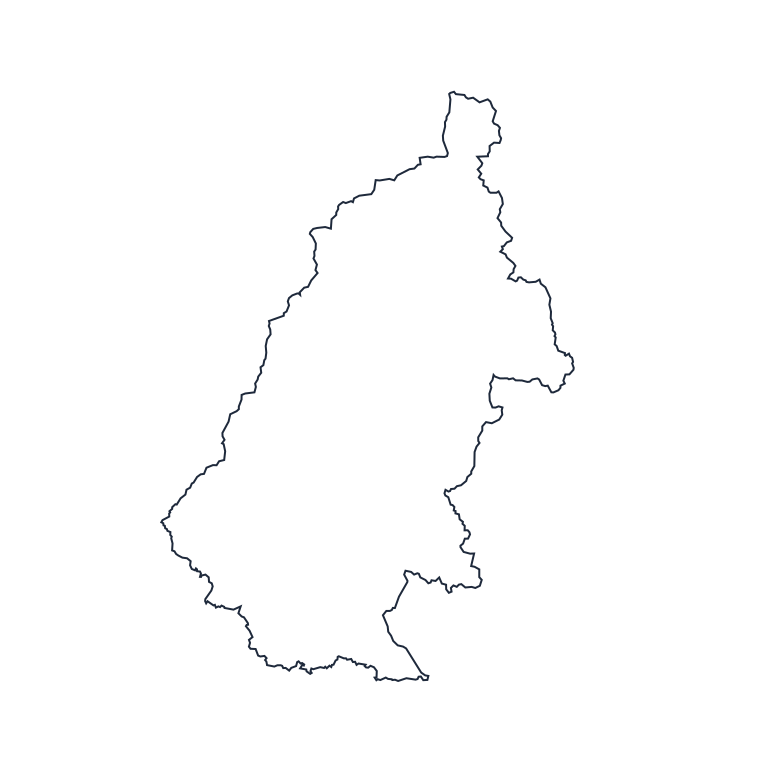 the district of El Chaco, Napo, Ecuador, rotated 105°
{"feature_id": "8360857B77920880428732", "entity_name": "El Chaco", "entity_type": "district", "adm_level": 2, "iso_a3": "ECU", "parent_name": "Ecuador", "parent_adm1": "Napo", "projection": "mercator", "projection_center": [-77.649, -0.244], "detail": "fine", "context": "isolated", "style": "outline", "palette": "slate", "viewbox_px": 768, "rotation_deg": 105, "n_neighbors": 0, "source": "geoboundaries", "source_scale": "gbopen_adm2", "svg_char_len": 6152}
<svg xmlns="http://www.w3.org/2000/svg" viewBox="0 0 768 768"><g transform="rotate(105 384 384)"><path d="M102.1,347.0L91.3,346.5L88.8,350.6L83.7,354.4L82.2,357.5L87.2,364.6L84.4,372.0L86.7,376.6L85.9,379.1L84.0,381.1L85.4,389.6L83.6,392.0L85.7,395.3L87.0,396.1L91.9,393.5L104.7,391.2L109.7,392.7L112.5,392.1L115.3,392.9L119.5,391.6L128.9,391.4L133.6,389.8L144.4,382.1L147.5,382.1L149.0,384.3L150.8,392.1L152.5,394.6L153.1,400.6L156.3,408.1L162.3,405.5L163.5,408.0L168.0,410.4L169.9,414.9L179.1,425.1L184.6,426.8L184.5,431.9L188.5,440.8L189.2,444.8L198.9,443.7L203.9,445.4L208.5,456.6L212.5,461.0L216.4,461.1L215.9,463.1L219.1,467.7L218.8,470.6L222.6,473.7L224.4,474.3L226.9,473.5L230.7,474.5L233.1,473.9L238.4,477.3L247.7,475.5L247.6,481.4L250.6,489.0L252.5,492.5L256.4,494.5L258.2,494.5L260.5,490.9L265.9,486.2L271.8,484.9L274.2,485.7L278.3,484.3L281.0,484.6L286.0,479.7L291.7,479.7L294.0,476.9L302.8,481.1L309.8,482.5L311.6,486.0L317.2,489.1L319.6,488.1L318.6,490.0L319.1,491.4L322.1,495.5L325.6,498.0L329.1,498.3L332.6,496.1L339.2,496.9L341.5,499.1L344.0,498.5L352.9,511.4L355.2,510.2L357.8,510.3L360.8,508.0L365.4,506.4L371.1,508.5L377.9,508.1L384.2,505.8L390.2,505.0L392.0,505.8L397.0,505.4L399.8,507.6L404.9,505.5L409.4,507.4L412.4,507.2L416.9,508.6L420.0,507.0L425.6,507.0L429.1,515.6L431.4,518.7L435.9,517.6L443.3,518.4L445.9,517.7L448.4,519.3L453.0,524.7L460.6,524.4L473.1,527.4L476.3,526.4L479.2,523.6L483.2,525.1L483.6,523.3L490.1,520.0L498.8,518.7L501.3,523.3L505.8,524.7L506.6,528.2L510.8,533.8L517.4,534.6L518.7,537.7L522.2,540.5L528.5,542.4L529.9,543.9L534.3,544.4L537.2,547.4L542.2,547.2L547.1,550.9L554.1,553.0L554.1,554.4L557.8,556.7L559.5,556.3L562.4,558.3L563.4,557.3L564.7,558.0L567.6,557.1L572.8,562.7L575.2,563.3L575.6,561.2L577.6,560.4L577.7,559.0L580.0,558.0L580.3,556.2L581.9,555.2L582.3,552.0L585.1,551.4L586.4,549.5L588.1,549.6L592.7,547.0L599.6,545.6L599.8,543.1L602.0,540.8L602.9,538.3L603.9,533.8L603.3,529.1L605.2,524.9L609.3,524.4L612.4,521.8L612.9,518.3L610.8,517.9L611.4,516.7L613.2,516.1L612.8,513.2L614.4,511.8L617.9,511.8L617.7,510.8L616.2,510.6L614.3,507.1L616.1,503.3L620.4,501.8L621.1,498.8L623.8,497.1L628.2,497.3L638.0,500.9L640.0,500.6L641.9,499.0L639.5,498.2L642.0,491.4L641.1,490.2L643.5,488.5L641.7,486.4L641.9,484.6L640.1,483.6L640.6,480.7L641.6,480.1L640.9,471.0L635.9,464.9L643.1,465.3L645.4,461.3L645.6,458.9L650.2,453.6L651.7,453.0L652.3,454.3L653.7,454.7L657.1,450.0L662.5,445.5L666.1,448.2L668.7,446.4L672.7,446.5L674.3,444.4L673.2,439.4L678.9,435.3L679.2,432.9L677.6,429.1L679.2,426.5L681.4,427.4L682.5,425.8L685.8,424.2L685.3,416.8L683.3,414.2L682.4,411.0L682.6,409.4L684.5,407.8L683.7,405.5L685.4,401.4L682.2,400.1L679.2,395.9L675.1,395.9L674.0,394.7L675.6,392.2L674.7,390.9L675.6,388.5L676.7,388.6L676.4,390.2L680.4,391.4L679.9,385.2L681.6,384.4L683.1,380.3L681.8,379.1L680.4,380.7L677.6,380.5L677.8,378.5L674.0,372.3L673.8,368.4L672.3,367.6L673.4,365.7L670.2,363.8L671.0,361.7L668.8,361.6L668.2,360.1L663.6,359.2L662.2,357.7L659.5,358.1L658.7,357.2L659.4,351.7L658.8,349.7L659.9,348.3L658.1,344.5L660.6,342.1L659.8,340.0L662.4,337.8L660.6,336.3L659.9,329.1L661.4,329.7L662.4,328.0L662.1,325.9L659.7,324.1L660.2,320.4L663.1,316.7L669.3,315.3L670.0,317.0L672.1,314.7L670.8,313.6L670.9,310.9L667.1,306.3L667.8,303.8L667.2,300.0L667.8,299.4L666.8,296.8L667.2,293.5L662.4,286.2L661.4,277.0L660.3,275.2L657.8,274.8L657.0,272.7L659.9,269.4L658.6,265.5L654.5,265.6L654.8,268.8L653.1,273.4L633.7,294.2L632.7,297.6L632.9,303.1L629.8,308.6L625.3,312.0L622.2,315.8L617.2,317.7L607.6,325.2L602.6,323.0L601.7,319.6L600.3,318.0L598.0,317.5L597.6,315.5L585.6,314.5L569.3,310.2L568.0,310.4L562.9,315.2L558.8,314.9L558.5,309.1L560.3,305.6L558.2,302.8L558.3,301.2L561.4,298.9L562.6,293.2L565.0,289.6L563.7,287.6L561.3,287.3L560.9,283.2L556.6,280.6L561.8,276.5L561.8,272.1L566.2,270.8L568.9,267.3L567.1,265.0L563.7,266.6L560.6,264.8L561.1,261.2L558.4,259.7L557.3,257.5L559.5,252.8L557.3,246.8L557.4,243.0L554.1,239.2L547.9,238.9L545.9,242.0L538.4,244.0L537.1,249.2L537.3,252.7L524.4,253.1L525.6,256.9L525.6,263.6L521.8,267.9L520.4,268.3L517.7,266.3L512.5,265.9L511.6,262.8L507.0,262.0L505.1,263.1L503.6,265.3L504.5,268.3L500.1,269.3L498.7,272.0L496.7,272.1L495.1,275.9L490.5,277.9L490.5,281.5L488.2,282.0L488.1,283.9L484.6,284.2L483.2,286.4L483.3,288.4L476.7,292.6L475.8,295.9L473.9,297.3L470.3,297.2L471.2,293.9L470.3,292.5L468.1,292.1L466.9,288.8L463.8,287.1L461.9,283.4L456.4,279.5L452.3,279.4L448.1,276.5L445.9,277.1L439.9,275.5L426.2,278.9L420.5,278.4L416.2,276.5L414.7,278.2L411.1,279.2L403.6,277.0L399.5,278.1L394.4,275.6L394.0,269.7L388.5,263.5L383.0,261.8L378.9,263.5L376.0,263.5L375.9,267.5L377.9,270.2L378.6,273.2L372.8,277.5L366.1,279.7L359.6,279.4L356.2,281.6L352.1,280.2L346.9,280.5L348.1,278.7L348.6,273.5L346.6,266.3L347.1,264.6L345.1,260.8L346.4,257.8L344.9,251.7L344.9,246.1L344.1,243.9L341.2,241.9L338.9,237.2L339.5,235.3L344.2,231.0L344.3,227.7L343.2,225.4L348.7,220.2L348.3,218.2L344.9,213.9L342.1,212.6L339.9,213.1L336.8,209.5L334.4,211.6L327.9,211.2L326.7,207.4L321.2,204.7L319.3,204.9L315.4,207.6L313.7,207.1L310.0,209.1L309.1,211.5L306.8,213.2L309.7,215.9L309.2,216.9L307.3,217.2L306.7,224.3L302.6,227.1L301.5,229.4L294.6,230.2L293.6,231.7L291.6,231.3L290.0,232.2L288.5,234.9L284.4,235.6L283.2,237.1L281.6,236.8L277.3,240.0L270.9,241.4L264.6,244.8L258.2,245.4L248.8,253.1L246.5,258.5L242.9,260.8L246.0,263.9L248.3,270.2L248.5,272.8L247.2,274.0L247.1,276.5L245.5,279.4L246.4,281.7L249.7,282.2L250.8,283.4L249.4,288.6L250.0,291.5L245.5,290.4L242.7,287.9L239.5,288.5L235.9,287.6L233.6,290.4L230.1,298.0L227.3,300.1L226.1,305.9L223.0,304.1L220.7,305.7L219.8,303.9L215.4,302.0L212.8,298.3L209.6,298.1L205.3,306.1L200.8,311.7L197.7,312.7L194.4,317.3L188.0,316.1L185.2,317.4L179.4,315.8L173.8,318.2L168.3,323.2L170.1,324.8L171.7,330.7L171.0,332.6L167.5,334.9L166.6,339.5L161.5,340.4L161.2,343.8L159.9,345.9L155.7,344.5L152.5,349.0L147.9,346.4L145.3,346.2L140.3,352.7L137.1,342.5L135.0,343.1L131.9,342.1L126.8,343.6L122.4,340.2L121.3,334.8L118.2,334.4L116.3,334.5L113.9,336.9L109.8,338.5L106.6,338.3L104.6,341.2L104.0,345.1L102.1,347.0Z" fill="none" stroke="#1e293b" stroke-width="2"/></g></svg>